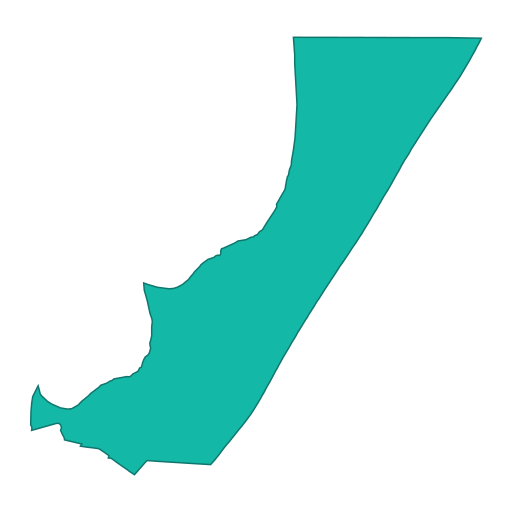 Mostardas, Rio Grande do Sul, Brazil (Albers equal-area conic projection)
{"feature_id": "56859067B36086457768432", "entity_name": "Mostardas", "entity_type": "district", "adm_level": 2, "iso_a3": "BRA", "parent_name": "Brazil", "parent_adm1": "Rio Grande do Sul", "projection": "albers", "projection_center": [-50.76, -30.853], "detail": "fine", "context": "isolated", "style": "filled", "palette": "teal", "viewbox_px": 512, "rotation_deg": 0, "n_neighbors": 0, "source": "geoboundaries", "source_scale": "gbopen_adm2", "svg_char_len": 3879}
<svg xmlns="http://www.w3.org/2000/svg" viewBox="0 0 512 512"><path d="M481.3,38.2L446.9,37.6L420.8,37.6L416.7,37.6L380.8,37.5L346.3,37.4L293.4,37.3L294.7,54.9L294.7,63.3L297.0,104.5L295.6,128.8L295.0,138.2L293.3,150.6L291.5,161.0L291.3,165.1L289.5,169.5L288.4,175.3L287.4,176.7L286.5,180.8L285.0,189.5L280.4,197.3L277.7,202.2L276.5,204.2L276.8,206.7L275.0,210.2L266.6,222.9L264.2,226.9L262.3,230.0L259.6,231.6L257.4,234.5L254.6,235.7L253.0,237.2L251.3,237.1L246.0,239.7L237.9,241.0L235.0,242.9L223.1,248.3L221.6,248.6L220.7,250.9L220.9,253.5L219.7,255.5L217.9,255.1L216.0,255.7L213.7,257.5L208.1,259.3L202.5,263.4L200.7,265.0L199.8,266.5L194.4,271.9L192.6,274.5L191.2,275.9L188.5,279.5L182.2,284.7L177.1,287.3L173.6,288.4L169.2,288.8L157.5,287.3L148.9,284.8L143.7,283.0L144.3,290.4L147.1,300.0L149.4,310.7L150.1,313.7L151.9,318.9L152.3,321.7L151.7,326.7L151.7,335.7L150.6,340.6L149.9,342.6L150.0,345.6L150.7,347.9L149.4,352.8L147.7,355.3L145.4,356.8L143.9,359.4L142.7,362.4L141.9,365.5L141.2,367.3L139.6,368.0L138.2,371.0L136.5,372.1L132.8,374.0L130.9,376.0L129.3,376.8L126.5,376.6L121.2,377.6L114.0,378.9L112.2,380.4L110.0,381.1L106.7,383.2L100.8,385.2L99.1,387.1L90.6,393.5L88.5,395.8L81.6,401.4L78.2,405.0L71.7,408.7L67.8,409.1L60.5,407.9L51.6,404.0L47.5,401.4L41.5,395.7L40.2,393.9L39.2,389.6L38.1,385.8L32.7,396.6L31.7,403.1L31.0,411.2L30.7,424.9L31.7,426.7L31.9,428.4L31.6,430.4L55.3,423.7L57.0,423.3L59.2,423.5L60.7,425.1L61.5,427.6L60.6,430.3L61.7,432.8L62.5,434.6L63.4,436.1L64.3,438.1L64.5,439.9L81.8,444.0L80.4,446.2L86.5,447.1L92.5,447.8L98.9,448.7L104.1,452.2L108.9,455.6L108.3,458.0L110.7,458.1L112.8,459.4L115.8,461.7L118.5,463.6L120.9,465.3L124.2,467.6L127.2,469.6L129.3,471.3L131.9,473.0L134.4,474.7L136.2,472.7L137.8,470.9L139.3,469.1L140.9,467.4L142.4,465.6L144.0,463.8L145.4,462.2L147.0,460.6L149.0,460.7L151.1,460.8L153.1,461.0L155.7,461.2L198.7,463.9L200.8,464.0L210.6,464.6L213.2,461.7L215.0,459.7L216.7,457.5L218.6,455.2L220.7,452.4L222.1,450.5L224.6,447.2L227.2,444.0L228.9,442.2L230.5,440.1L232.5,437.6L234.1,435.6L235.5,433.8L237.3,431.6L238.7,429.8L240.5,427.7L242.0,425.9L243.8,423.6L245.4,421.5L247.1,419.3L248.5,417.3L250.2,415.1L252.2,412.1L254.1,409.1L255.6,406.7L257.4,403.8L258.9,401.3L260.9,397.8L262.2,395.4L263.4,393.5L264.5,391.5L265.6,389.3L266.9,386.8L268.4,384.3L270.4,380.8L271.4,378.9L272.7,376.5L273.9,374.3L275.1,371.9L276.0,370.2L277.1,368.5L278.3,366.1L279.5,363.9L280.9,361.5L282.3,358.8L284.0,355.9L285.6,353.2L287.3,350.4L288.7,348.1L290.1,345.6L291.9,342.3L293.7,339.5L295.5,336.6L297.9,332.2L299.3,330.1L300.6,327.9L301.7,326.2L303.1,323.8L304.6,321.4L305.5,319.9L307.2,317.5L308.1,315.8L309.0,314.2L310.1,312.6L311.8,309.9L313.0,308.0L314.3,306.0L315.2,304.4L316.1,302.9L317.7,300.4L319.0,298.7L320.4,296.4L322.0,294.0L323.1,292.2L324.2,290.4L325.7,288.1L327.1,286.0L328.1,284.4L329.5,282.4L331.1,279.8L332.7,277.5L333.9,275.6L335.2,273.7L336.4,271.8L338.2,269.0L339.8,266.4L342.0,263.4L343.4,261.4L345.0,259.0L346.5,256.8L348.3,254.1L349.9,251.6L351.3,249.4L352.9,247.0L354.2,245.2L355.7,243.1L357.4,240.4L358.5,238.6L360.2,236.0L361.5,234.2L362.9,231.8L364.8,228.6L366.4,226.0L367.4,224.5L369.1,221.5L370.3,219.6L371.5,217.4L372.9,215.0L374.4,212.5L376.2,209.8L377.5,207.5L378.8,205.1L380.8,201.8L381.9,199.7L383.4,197.1L384.8,194.8L386.3,192.5L387.4,190.7L389.0,188.0L391.7,183.3L394.9,177.5L396.8,174.1L398.5,171.3L399.9,168.7L401.4,165.7L403.2,162.7L404.5,160.3L406.2,157.8L407.5,155.8L408.6,154.2L410.0,151.6L411.4,149.0L413.2,146.2L414.4,144.4L416.0,141.9L417.5,139.4L418.9,137.3L420.6,134.7L430.8,118.9L447.3,95.1L448.5,93.3L450.3,91.0L451.9,88.6L453.0,86.9L455.2,83.5L456.6,81.6L458.6,78.5L460.1,76.3L462.0,73.1L463.8,70.1L465.1,67.9L466.6,65.3L468.0,63.0L469.4,60.6L471.1,57.5L472.6,54.8L474.0,52.4L475.7,49.2L476.9,46.7L478.4,44.1L479.5,42.0L481.3,38.2Z" fill="#14b8a6" stroke="#0f766e" stroke-width="1.5"/></svg>